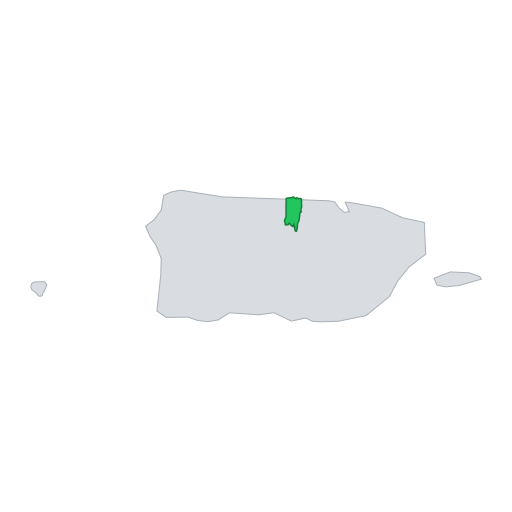 Vega Baja, Puerto Rico (highlighted)
{"feature_id": "32010507B42725289573863", "entity_name": "Vega Baja", "entity_type": "district", "adm_level": 2, "iso_a3": "PRI", "parent_name": "Puerto Rico", "parent_adm1": "", "projection": "equal_earth", "projection_center": [-66.393, 18.418], "detail": "fine", "context": "in_parent", "style": "filled", "palette": "green", "viewbox_px": 512, "rotation_deg": 0, "n_neighbors": 0, "source": "geoboundaries", "source_scale": "gbopen_adm2", "svg_char_len": 2505}
<svg xmlns="http://www.w3.org/2000/svg" viewBox="0 0 512 512"><path d="M338.9,207.8L344.2,212.4L349.3,211.7L345.2,202.3L349.0,202.3L381.6,208.1L402.6,217.8L424.3,222.4L425.7,254.2L409.0,267.0L398.2,280.3L389.3,296.6L366.1,315.6L338.0,321.3L319.3,321.8L312.3,321.2L305.5,318.0L291.4,321.1L273.9,312.7L259.0,314.8L229.3,312.8L218.2,320.0L207.5,321.7L197.1,320.3L188.2,317.1L166.2,317.4L156.9,311.1L160.8,274.8L161.2,258.4L155.8,244.8L149.9,236.3L145.6,226.2L154.2,219.6L161.3,209.9L163.6,195.4L171.4,191.9L180.5,190.2L222.5,196.9L328.9,200.8L334.9,202.0L338.9,207.8ZM459.0,285.5L445.6,286.9L436.9,285.1L434.0,278.3L450.2,271.9L469.1,272.8L479.9,276.7L481.3,279.2L459.0,285.5ZM41.7,296.0L40.1,296.2L38.5,296.0L37.8,295.4L36.7,293.3L31.9,289.8L30.7,286.7L31.8,283.4L33.8,282.0L43.7,281.7L44.7,282.0L46.7,284.3L46.7,285.9L45.7,287.5L44.0,291.5L43.3,292.5L42.7,293.6L42.5,295.4L41.7,296.0Z" fill="#d9dde1" stroke="#a8b0b8" stroke-width="1"/><path d="M301.4,199.0L300.6,198.5L299.6,198.5L298.7,198.7L298.4,198.6L297.5,198.0L296.7,198.0L296.5,197.9L296.4,198.2L296.2,198.8L295.8,198.8L295.2,198.2L294.7,198.0L294.5,197.8L294.3,197.7L293.6,197.1L293.3,197.0L293.1,196.9L292.1,197.8L290.8,197.7L290.7,197.7L289.9,197.8L289.6,197.9L288.1,198.0L287.8,198.0L287.1,198.2L286.3,198.5L286.2,198.5L286.1,203.9L286.1,204.7L286.0,206.4L286.1,207.3L286.2,208.5L286.2,208.9L286.0,209.1L286.0,209.9L286.0,211.3L286.1,215.8L286.0,216.7L285.8,217.3L285.7,217.6L284.6,220.1L284.5,220.6L284.5,221.1L284.9,221.8L285.1,222.6L285.2,223.4L285.1,223.7L285.4,224.8L285.9,224.5L286.4,224.5L286.7,224.8L287.9,224.9L288.0,224.8L288.5,223.9L288.7,223.6L289.1,223.2L289.8,223.2L289.9,223.3L289.9,224.0L290.1,224.3L290.9,225.1L292.2,226.2L292.4,226.3L292.7,226.4L292.6,226.0L292.7,225.5L293.4,224.9L293.6,224.6L293.6,225.0L294.2,225.9L294.8,226.8L294.5,227.1L294.7,228.1L294.7,228.8L295.0,229.6L295.2,229.8L295.1,230.2L295.2,230.8L295.5,230.8L296.0,231.3L296.2,231.1L296.4,231.2L296.7,230.9L296.6,230.1L296.9,229.5L296.9,228.4L297.1,228.2L297.4,227.8L297.5,227.2L297.3,226.6L297.3,226.0L297.5,225.5L297.4,224.6L297.6,224.3L297.7,223.7L298.0,222.3L298.6,221.5L298.9,220.9L298.9,220.5L299.0,220.3L299.2,219.2L299.6,216.5L299.7,215.3L299.8,213.3L300.1,213.1L300.2,212.8L300.6,212.3L301.0,212.1L301.7,211.5L301.8,211.4L301.5,211.5L301.1,211.1L301.0,211.3L300.8,211.2L301.0,209.4L301.2,208.3L301.6,207.2L301.6,206.4L301.6,204.8L301.6,204.4L301.5,204.2L301.5,201.4L301.5,200.5L301.4,199.0Z" fill="#22c55e" stroke="#15803d" stroke-width="1.5"/></svg>